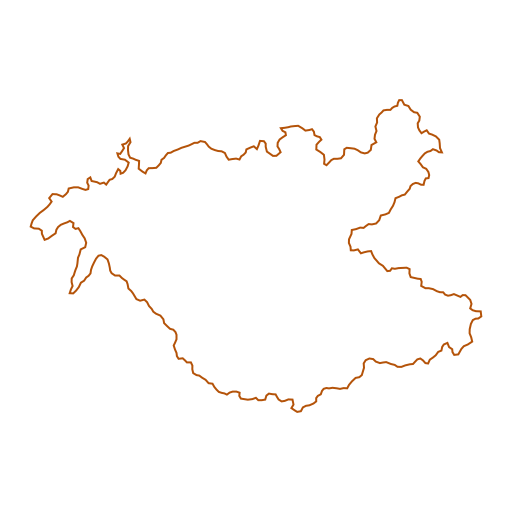 Leopoldina, Minas Gerais, Brazil (Mercator projection)
{"feature_id": "56859067B5344227565341", "entity_name": "Leopoldina", "entity_type": "district", "adm_level": 2, "iso_a3": "BRA", "parent_name": "Brazil", "parent_adm1": "Minas Gerais", "projection": "mercator", "projection_center": [-42.645, -21.545], "detail": "fine", "context": "isolated", "style": "outline", "palette": "amber", "viewbox_px": 512, "rotation_deg": 0, "n_neighbors": 0, "source": "geoboundaries", "source_scale": "gbopen_adm2", "svg_char_len": 6048}
<svg xmlns="http://www.w3.org/2000/svg" viewBox="0 0 512 512"><path d="M291.4,408.1L294.9,410.5L297.2,411.9L300.9,411.2L302.9,407.4L306.0,405.8L309.4,405.3L313.5,403.5L316.2,401.4L316.2,398.1L317.8,395.9L320.8,394.3L322.0,390.9L323.7,388.8L326.4,388.0L329.0,388.4L332.5,387.8L336.8,388.3L340.0,388.9L343.6,388.1L347.2,388.3L349.0,384.9L351.9,381.4L355.6,377.9L359.3,377.2L361.8,375.1L364.0,367.8L363.7,363.4L365.7,360.2L369.4,358.5L373.2,359.1L375.8,361.6L379.9,363.1L383.0,362.5L386.2,362.1L390.9,364.0L394.7,364.9L397.5,366.8L401.4,366.9L405.2,365.4L409.8,364.3L413.0,364.0L415.2,361.6L417.3,359.4L420.3,358.5L422.9,360.3L425.4,363.1L428.1,363.5L429.8,359.7L433.0,357.5L435.7,355.3L438.2,351.9L441.4,350.6L442.2,346.9L443.8,344.5L447.4,342.9L449.1,347.1L452.2,349.2L452.5,352.1L454.2,354.9L458.3,354.4L461.4,348.9L463.8,346.2L467.8,344.5L472.2,341.6L471.2,337.3L469.6,333.3L469.7,329.2L470.9,323.9L472.8,320.1L475.5,318.7L478.3,318.5L481.3,316.4L480.7,311.4L475.9,311.2L472.6,310.2L470.2,308.4L471.5,303.9L470.2,299.9L467.8,297.5L465.5,295.2L462.7,295.1L460.4,296.9L457.2,295.5L453.9,294.1L450.8,295.2L448.0,295.7L445.1,294.6L443.2,292.3L439.9,292.2L436.9,291.2L433.0,289.1L428.8,288.2L425.4,288.2L421.2,285.9L421.7,281.8L420.7,279.0L417.7,278.7L410.7,277.1L409.4,273.4L409.6,269.1L406.6,267.7L398.6,268.1L394.9,268.8L391.9,268.3L390.1,270.8L387.3,271.1L382.9,265.8L378.9,263.3L376.7,260.7L374.4,258.1L372.4,254.4L371.1,251.1L367.8,251.4L364.0,252.3L360.9,253.3L357.9,249.4L353.9,250.4L350.8,250.3L350.5,246.7L348.9,243.0L349.0,239.3L351.5,233.9L351.8,230.0L356.1,229.1L360.2,227.6L363.6,227.9L365.8,226.1L368.6,224.1L371.9,224.4L376.1,223.5L379.2,220.2L380.8,215.5L385.4,214.4L388.9,212.9L390.7,209.4L393.0,205.8L394.5,202.2L395.5,198.2L399.1,196.8L401.9,195.3L404.8,194.6L407.4,191.4L409.7,188.8L410.5,186.1L412.8,184.0L415.6,182.9L418.2,183.3L421.0,184.7L423.6,184.8L424.5,180.9L425.8,178.4L428.5,178.1L429.2,175.1L428.4,172.0L426.2,168.8L422.9,167.3L420.7,164.2L418.3,161.4L420.3,158.5L422.5,155.9L424.8,153.4L427.4,151.8L430.5,151.0L432.9,149.2L436.6,150.5L438.9,152.2L441.9,152.4L440.0,148.1L439.7,143.4L439.2,139.7L435.9,136.4L431.9,134.5L429.0,133.6L426.7,130.3L424.1,131.6L421.5,133.2L419.4,130.4L418.0,127.4L417.7,123.3L419.3,120.6L419.8,116.7L417.3,112.8L414.0,112.2L410.7,109.7L408.4,106.0L404.3,104.7L401.9,100.1L399.2,100.1L397.9,102.8L397.3,105.8L394.5,106.5L392.2,107.9L390.4,109.9L386.7,109.9L383.5,110.4L381.6,112.5L379.3,114.5L376.9,118.3L377.1,122.5L375.4,126.5L376.5,131.0L375.0,134.7L374.5,138.8L376.3,142.3L371.5,145.0L370.8,149.9L367.7,152.7L364.7,153.4L360.9,152.4L357.7,150.2L354.5,148.7L350.5,148.2L346.7,147.8L344.3,149.3L344.0,154.8L341.0,158.3L337.4,158.8L333.8,158.8L331.3,160.1L329.3,162.3L326.5,165.2L324.1,163.8L324.5,159.6L323.9,154.8L320.3,152.0L316.3,149.5L316.5,144.7L319.2,141.7L321.4,139.7L319.8,137.1L316.9,136.3L314.5,135.1L313.9,131.7L312.0,129.2L309.4,130.0L305.4,130.6L302.4,128.3L298.2,125.8L294.4,126.1L290.8,126.5L288.3,127.2L284.7,127.8L280.9,128.2L282.6,130.9L285.4,132.3L285.9,135.2L282.6,137.3L279.6,139.5L277.7,142.8L277.5,146.4L279.2,149.1L280.6,152.2L276.4,155.8L273.0,155.9L269.9,153.7L266.9,151.6L265.7,146.8L265.7,143.6L263.9,141.2L260.0,140.9L258.4,145.7L256.9,149.1L253.8,146.3L250.6,147.5L246.4,149.4L245.7,152.5L243.6,154.7L241.2,156.3L239.5,159.5L236.1,158.6L232.0,159.1L228.7,159.7L226.5,156.6L224.9,153.0L221.6,151.3L218.1,151.0L214.9,150.1L211.3,148.7L208.7,146.6L207.0,144.3L205.0,142.0L200.5,141.1L197.6,142.8L194.4,142.8L191.6,144.2L188.6,145.6L181.5,147.8L177.8,149.5L173.7,151.0L170.7,152.7L167.9,153.0L165.8,155.4L164.1,157.9L161.5,159.8L160.8,162.9L158.8,165.3L156.3,167.8L152.7,168.1L148.7,168.2L146.8,170.3L145.5,173.4L142.6,171.7L138.7,168.7L139.0,164.0L139.1,160.9L135.7,159.8L133.1,158.6L130.1,157.7L128.5,154.4L128.0,150.2L128.1,146.1L130.5,142.2L129.7,138.8L127.8,141.5L125.9,143.5L122.3,144.6L124.0,148.1L122.2,151.0L120.2,153.9L117.4,153.4L118.4,156.7L120.4,158.9L124.9,159.7L128.7,162.6L127.6,166.4L125.5,170.3L123.1,172.8L120.6,173.7L120.3,170.9L118.2,169.1L116.1,173.1L114.7,176.7L112.3,179.0L109.6,179.8L108.0,182.0L106.2,184.6L103.9,182.6L100.0,183.8L97.1,182.2L94.4,181.6L91.6,181.0L90.3,177.4L87.7,179.1L87.2,182.7L88.6,185.6L88.2,189.1L85.5,189.9L82.3,188.9L78.1,187.3L74.0,187.3L68.7,188.5L67.9,191.8L66.0,194.1L62.8,196.8L59.4,195.3L56.7,194.3L52.5,194.1L49.2,198.1L51.6,201.6L49.6,204.4L47.4,206.9L44.1,209.7L39.8,212.9L36.2,216.4L32.8,220.2L31.6,223.4L30.7,226.6L34.1,228.4L38.8,228.7L41.8,230.7L41.9,233.8L43.4,237.1L44.6,239.8L48.2,238.5L52.0,235.7L55.6,233.3L56.4,229.7L58.1,227.0L60.8,224.8L63.9,223.5L67.3,222.3L69.9,220.9L73.5,223.1L73.0,227.0L75.5,228.9L78.4,228.2L80.3,231.1L82.3,234.8L84.7,238.4L86.2,242.8L85.2,247.2L80.7,249.4L79.4,254.5L78.0,257.7L77.4,263.5L76.9,266.5L75.5,269.9L74.6,272.6L73.8,275.3L71.7,278.4L71.6,282.1L72.6,286.0L70.9,289.5L69.7,293.2L73.2,293.4L76.1,290.6L78.8,287.1L80.9,282.7L84.1,280.7L86.2,277.5L88.6,275.8L90.5,273.4L91.0,269.9L92.2,266.4L94.1,262.4L96.1,258.6L98.5,255.7L101.3,255.1L104.2,256.7L107.5,259.4L108.9,263.5L109.8,267.7L110.2,270.6L111.6,273.2L115.0,275.5L119.4,275.5L121.9,278.0L124.2,279.7L126.6,281.3L127.6,284.2L128.4,288.5L131.2,291.0L133.0,293.4L136.4,299.1L140.1,300.7L144.4,299.6L147.1,302.2L149.0,306.0L151.7,308.9L153.3,311.7L156.0,313.7L160.4,315.6L163.4,319.3L164.1,323.1L166.9,325.9L170.0,328.8L173.3,329.7L175.5,332.1L176.5,334.8L176.5,339.3L175.1,342.6L173.7,345.5L175.0,349.5L176.5,352.9L176.9,356.1L178.6,358.8L182.7,358.3L184.9,360.3L186.9,362.4L190.9,362.4L192.4,365.6L192.3,369.3L193.2,373.1L196.5,375.1L199.3,375.6L202.1,377.7L205.6,379.8L208.6,383.2L212.5,383.7L214.3,386.9L216.5,389.6L218.8,391.9L221.8,392.9L224.4,393.4L226.9,394.6L229.6,392.6L232.7,391.6L236.4,391.6L239.6,392.7L239.3,395.9L240.9,398.6L247.8,399.7L252.4,399.1L255.9,397.8L258.3,400.2L261.7,400.2L265.2,399.6L266.4,395.6L268.9,393.6L272.4,394.2L275.6,394.4L277.1,397.1L278.6,399.5L281.6,401.4L284.7,400.9L288.4,399.4L292.5,399.6L293.5,404.6L291.4,408.1Z" fill="none" stroke="#b45309" stroke-width="2"/></svg>